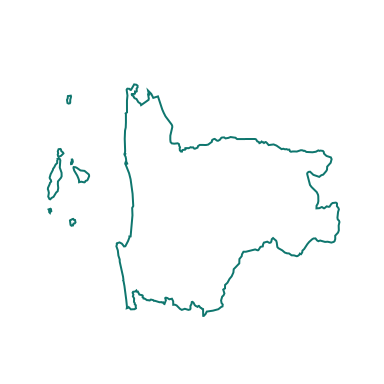 the district of Suk Samran, Ranong, Thailand, rotated 346°
{"feature_id": "78962969B98614322504757", "entity_name": "Suk Samran", "entity_type": "district", "adm_level": 2, "iso_a3": "THA", "parent_name": "Thailand", "parent_adm1": "Ranong", "projection": "robinson", "projection_center": [98.475, 9.438], "detail": "fine", "context": "isolated", "style": "outline", "palette": "teal", "viewbox_px": 384, "rotation_deg": 346, "n_neighbors": 0, "source": "geoboundaries", "source_scale": "gbopen_adm2", "svg_char_len": 5991}
<svg xmlns="http://www.w3.org/2000/svg" viewBox="0 0 384 384"><g transform="rotate(346 192 192)"><path d="M315.0,274.8L317.4,274.7L318.5,274.1L319.6,272.3L320.4,269.0L323.9,266.7L325.2,264.7L326.2,260.0L327.8,256.8L327.7,255.4L326.8,253.9L326.9,252.1L328.9,246.7L330.3,244.4L330.2,243.1L329.2,240.8L329.9,238.3L329.6,237.6L329.0,237.1L325.7,236.7L324.2,237.4L321.9,239.5L320.9,239.4L319.2,238.5L316.5,239.8L315.8,239.6L314.8,238.3L314.2,238.0L311.6,238.5L308.8,238.0L309.5,235.5L311.4,233.5L312.4,231.4L313.5,226.6L313.6,225.1L313.0,222.3L309.2,216.1L308.2,213.7L308.1,202.7L308.3,201.8L309.0,201.1L310.2,200.7L311.5,200.9L313.9,204.7L319.1,208.1L321.6,207.0L323.5,206.9L327.3,204.2L328.4,203.0L329.3,200.1L333.6,197.2L335.4,193.9L335.1,192.0L331.3,189.6L330.7,188.8L329.4,186.7L329.5,184.9L328.9,183.8L326.7,182.9L325.5,182.9L324.6,182.2L322.0,182.9L318.5,182.6L312.7,180.8L311.3,179.3L310.0,179.0L309.5,178.4L307.8,177.8L303.6,178.1L299.4,177.0L297.8,176.9L296.9,176.1L296.7,174.4L295.1,174.1L294.2,173.3L292.6,173.1L291.0,172.1L289.3,172.1L285.2,167.4L282.7,165.6L277.7,165.0L276.6,162.7L275.7,161.4L275.2,161.3L273.7,161.9L273.1,160.9L272.3,160.8L271.8,159.9L270.1,160.8L269.2,160.9L268.9,159.6L267.6,158.7L266.9,156.5L266.0,155.8L248.7,151.6L248.1,151.1L247.4,149.9L242.7,148.0L240.4,148.3L237.5,148.1L236.4,146.8L234.2,146.4L233.3,146.7L231.6,148.1L229.6,148.6L228.7,148.2L226.9,146.0L226.3,145.9L224.4,146.3L223.9,146.8L223.4,148.1L219.2,149.9L217.0,149.8L211.0,148.2L209.0,148.9L208.1,150.3L205.5,150.7L204.7,150.5L203.8,148.9L202.6,148.8L201.6,148.2L199.4,148.7L197.0,148.0L196.7,148.4L196.1,148.0L195.5,149.2L192.9,149.0L192.3,149.5L192.1,150.3L191.2,150.2L190.3,148.7L190.6,146.7L191.2,145.7L190.8,144.3L190.9,142.3L189.9,141.3L186.4,140.8L184.1,139.9L183.3,138.3L183.6,136.0L184.6,132.1L188.6,124.2L188.8,123.0L188.6,121.7L184.6,112.2L183.7,108.3L183.1,104.7L182.1,91.0L177.2,91.3L176.2,86.9L173.9,83.0L173.8,86.6L174.0,87.3L173.5,87.5L173.3,86.6L173.0,86.6L172.7,90.9L172.1,92.1L163.6,95.4L163.4,93.7L161.7,91.9L160.6,88.3L159.0,87.1L158.5,86.0L158.6,85.1L157.2,83.6L157.1,82.8L157.3,82.4L160.1,82.9L160.6,82.4L161.0,80.7L162.4,81.2L162.8,80.9L163.3,78.2L164.5,77.3L164.9,75.7L164.0,74.5L161.9,73.6L157.6,78.1L156.9,78.0L156.3,76.8L154.3,76.1L153.8,76.4L153.3,77.0L152.7,82.8L151.0,87.6L148.2,99.0L146.6,99.7L146.7,100.5L144.7,108.6L143.3,113.4L141.9,116.2L139.6,124.1L137.0,136.2L136.2,138.2L136.6,138.8L136.4,139.1L135.7,138.8L135.5,139.3L136.1,141.8L136.0,143.8L135.6,146.4L135.7,147.9L135.1,148.5L136.8,148.6L135.0,149.1L134.3,148.6L134.3,147.8L134.1,148.1L135.5,158.6L135.5,164.8L133.9,179.4L131.6,191.4L130.1,193.0L128.6,200.2L121.7,220.2L120.5,220.0L120.4,220.8L118.1,224.1L114.2,228.5L112.9,228.4L111.5,225.2L109.5,223.4L106.7,223.6L106.4,224.1L106.5,224.7L105.5,226.3L105.9,230.7L105.2,235.9L105.5,239.9L105.0,242.3L104.6,257.6L104.2,260.8L103.8,261.2L104.0,262.1L103.7,266.9L102.1,280.8L101.1,287.9L100.6,289.0L102.0,288.9L102.7,288.4L104.3,291.1L107.9,291.8L109.5,291.3L109.6,289.8L110.1,288.3L109.3,287.2L109.6,286.1L109.1,284.6L110.1,281.2L109.4,278.8L110.3,277.5L110.0,275.4L110.7,274.6L113.0,274.8L114.2,274.1L114.6,275.6L115.4,275.6L116.1,278.8L118.7,280.1L119.1,280.6L118.6,282.2L119.3,282.8L119.2,283.6L120.6,284.3L122.2,286.1L123.3,286.3L124.2,286.9L124.9,287.0L125.7,286.4L126.5,286.6L128.4,287.7L128.7,288.4L129.7,288.6L133.8,291.1L135.8,291.5L136.3,292.1L137.2,292.0L137.7,293.6L138.2,294.0L140.5,290.7L140.3,288.7L140.5,288.3L141.1,288.2L142.4,288.9L144.0,290.6L146.7,290.7L147.3,293.5L146.5,296.9L148.1,297.2L149.6,298.3L152.1,302.5L153.6,303.9L156.8,303.6L160.0,305.5L161.7,305.5L162.3,304.9L162.9,302.2L164.3,300.7L165.2,298.7L165.9,298.7L166.7,299.8L167.3,302.4L168.0,303.4L169.6,304.8L170.7,304.1L171.2,304.2L172.3,306.5L173.1,306.9L173.5,307.9L174.4,308.3L172.9,314.9L173.4,315.1L175.6,313.7L177.4,311.6L183.6,312.2L189.2,312.1L192.6,310.6L193.9,310.4L194.6,308.6L193.8,306.8L194.0,304.2L196.0,300.8L197.5,300.0L198.9,298.3L198.7,294.2L200.7,293.5L201.6,290.2L204.5,288.6L207.4,285.4L210.1,283.4L212.7,280.1L213.8,277.0L220.6,272.7L221.8,268.5L224.7,266.3L225.4,264.6L227.5,262.4L229.9,263.0L239.4,263.0L241.5,264.4L242.3,264.5L245.2,261.8L247.5,261.9L248.3,260.0L249.5,258.5L253.0,258.4L254.7,260.0L256.0,260.1L256.9,259.4L258.0,257.1L259.5,256.3L261.9,259.7L262.0,261.4L261.5,266.0L262.2,267.4L265.5,270.5L267.4,273.2L269.4,274.5L271.3,275.1L273.3,277.5L275.7,278.2L278.0,279.6L278.9,279.7L281.1,278.8L281.7,277.9L282.8,278.7L284.3,277.3L285.0,275.6L287.0,274.5L291.3,270.5L293.6,268.8L297.2,266.9L298.6,266.5L300.6,266.9L301.6,269.2L302.7,270.3L304.6,270.1L309.0,272.6L311.7,273.1L315.0,274.8ZM52.7,164.8L54.3,163.8L56.5,163.2L60.1,159.6L61.8,158.8L63.2,155.8L63.7,152.0L64.5,149.3L68.3,146.5L69.3,145.2L70.1,141.8L69.6,136.3L71.9,129.4L71.7,128.0L71.1,127.4L69.6,127.3L69.6,128.0L68.8,128.9L68.2,131.3L66.3,132.4L64.2,134.8L62.9,135.8L62.3,137.0L59.1,140.6L57.4,143.5L57.3,144.5L58.0,146.4L57.9,147.8L56.4,148.8L55.9,149.8L53.3,153.1L52.8,154.4L53.0,156.0L52.9,158.2L51.4,161.7L52.0,164.4L52.7,164.8ZM93.7,154.9L96.0,151.8L96.2,150.6L96.0,149.8L92.8,145.5L89.0,144.1L85.9,140.5L84.6,139.6L83.2,139.2L82.8,139.9L82.9,142.7L84.6,148.3L85.1,151.5L85.2,153.2L84.8,155.2L87.0,155.2L89.8,156.6L90.4,156.5L91.5,155.5L92.9,155.4L93.7,154.9ZM71.0,125.5L73.5,125.3L76.6,123.5L76.5,122.6L75.1,120.7L75.1,118.9L74.7,118.4L72.9,118.2L71.6,120.1L71.5,122.1L70.8,123.1L70.7,124.7L71.0,125.5ZM70.3,189.4L69.4,189.3L68.5,189.7L67.2,189.8L66.7,190.1L66.2,194.5L66.8,195.5L67.7,195.2L67.7,195.6L68.4,195.7L69.4,194.0L70.6,194.1L71.6,193.3L71.7,190.9L70.8,190.6L70.3,189.4ZM97.7,69.2L94.8,68.9L94.0,71.1L93.0,72.4L92.7,75.5L93.5,76.3L94.9,76.4L95.4,75.9L96.2,73.0L97.7,70.3L97.7,69.2ZM50.6,174.0L48.6,174.2L49.1,176.1L48.6,176.6L48.6,177.1L49.1,178.0L49.8,176.9L50.8,176.6L51.0,174.5L50.6,174.0ZM82.1,135.8L83.7,133.9L83.6,133.3L83.9,132.3L83.6,131.4L83.2,131.4L83.0,132.6L81.6,134.5L81.4,135.7L82.1,135.8Z" fill="none" stroke="#0f766e" stroke-width="2"/></g></svg>